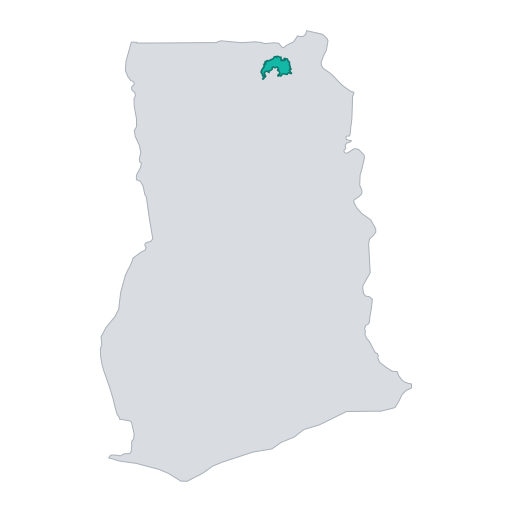 Talensi, Upper East, Ghana shown in context
{"feature_id": "2480657B26285365473669", "entity_name": "Talensi", "entity_type": "district", "adm_level": 2, "iso_a3": "GHA", "parent_name": "Ghana", "parent_adm1": "Upper East", "projection": "albers", "projection_center": [-0.74, 10.642], "detail": "fine", "context": "in_parent", "style": "filled", "palette": "teal", "viewbox_px": 512, "rotation_deg": 0, "n_neighbors": 0, "source": "geoboundaries", "source_scale": "gbopen_adm2", "svg_char_len": 6886}
<svg xmlns="http://www.w3.org/2000/svg" viewBox="0 0 512 512"><path d="M322.6,34.3L327.0,38.5L328.0,41.0L326.4,50.1L323.2,56.5L321.1,62.5L321.4,65.5L323.4,68.5L330.1,73.2L333.6,76.2L337.7,80.8L342.4,85.4L350.4,91.2L353.9,92.3L353.7,93.9L352.6,96.2L351.9,118.2L351.3,123.8L350.8,126.7L350.0,134.9L349.2,136.1L347.7,136.0L346.3,136.3L345.9,137.9L346.5,139.6L351.4,140.8L350.3,142.0L346.7,143.1L345.1,145.6L345.8,148.4L343.8,150.7L344.4,152.2L345.7,153.3L347.7,152.9L353.4,149.1L355.8,148.7L358.7,149.5L364.2,155.2L364.4,158.0L362.2,167.7L360.1,175.2L359.7,185.1L362.0,190.7L361.7,193.8L359.3,196.4L353.7,200.3L354.1,202.9L356.7,207.8L361.4,213.2L370.7,219.9L375.7,228.7L375.8,232.2L373.0,235.8L369.6,238.9L368.6,243.4L370.2,272.8L362.9,285.6L362.8,289.3L363.6,293.5L365.5,296.0L369.3,296.7L372.4,299.2L371.4,308.1L369.8,317.3L369.5,321.7L368.6,323.8L365.7,325.5L364.7,328.4L365.4,332.0L364.9,334.6L366.5,338.0L369.8,342.2L375.3,352.7L377.4,353.5L378.3,355.7L377.7,357.9L379.8,362.5L385.9,367.2L392.2,371.2L397.3,371.7L398.5,375.4L401.9,380.0L404.4,382.0L408.2,383.3L411.4,384.0L411.6,387.9L405.9,390.6L402.0,394.7L399.1,400.8L395.0,407.6L380.9,411.2L375.5,411.2L346.5,411.5L319.3,424.9L303.7,429.6L294.1,437.1L281.1,442.4L272.0,448.9L253.2,452.0L222.4,462.1L212.7,466.1L202.9,473.1L187.0,481.3L180.8,481.1L168.4,473.4L159.0,469.4L136.2,463.4L119.2,461.0L110.9,458.4L108.7,457.9L110.6,455.2L115.4,455.0L120.4,455.9L124.2,453.8L129.7,453.6L131.2,451.4L131.7,445.8L131.7,441.3L133.6,439.3L134.1,434.0L131.5,422.2L129.6,420.8L119.6,419.1L118.9,416.8L117.1,414.3L115.3,408.2L113.2,399.2L109.8,387.9L103.3,369.4L101.7,362.9L100.6,356.2L100.4,348.3L101.8,345.3L101.6,341.2L101.0,337.1L105.8,327.8L115.1,316.3L117.1,312.2L118.8,309.3L119.1,305.2L120.8,291.7L125.3,275.6L128.1,269.4L130.0,266.2L132.3,260.7L132.9,258.2L141.3,251.9L145.2,250.2L146.1,247.7L144.8,245.0L145.4,243.1L147.4,242.2L150.5,241.5L152.8,238.9L149.4,218.8L146.6,198.8L146.5,197.1L144.8,194.4L143.1,186.1L140.3,181.3L136.4,179.8L136.4,175.3L140.5,167.6L141.5,163.1L139.6,161.8L139.4,158.3L140.8,152.6L140.1,149.1L139.4,145.4L135.3,136.6L134.3,130.4L136.5,126.8L136.5,118.9L134.3,106.7L134.0,98.9L135.5,95.7L134.8,92.7L131.8,89.8L131.7,86.9L134.2,84.2L133.9,82.0L130.7,80.5L127.9,76.7L125.4,70.7L126.0,61.2L130.9,43.6L131.5,42.1L136.9,42.3L136.9,43.0L153.7,43.0L172.9,42.9L195.8,42.7L216.6,42.6L217.5,41.8L221.0,40.8L242.0,42.7L255.2,41.8L260.8,42.4L264.8,43.6L273.9,42.8L278.8,43.3L282.4,47.7L283.9,47.6L286.0,45.8L289.6,43.7L293.3,42.0L295.9,38.5L297.5,35.9L299.9,36.5L303.4,36.3L305.7,34.1L306.6,30.7L322.6,34.3Z" fill="#d9dde1" stroke="#a8b0b8" stroke-width="1"/><path d="M262.0,69.5L261.8,69.9L261.9,70.0L261.7,70.2L261.6,70.3L261.4,70.6L261.5,70.8L261.7,71.1L261.2,71.5L261.3,71.9L261.3,72.0L261.1,72.2L261.2,72.6L261.3,72.8L261.5,72.8L261.6,73.1L261.9,73.6L261.9,73.8L262.2,74.0L262.4,74.0L262.5,74.2L262.8,74.4L262.8,74.8L262.8,75.0L262.7,75.0L262.6,75.3L262.5,75.5L262.5,75.9L263.0,76.0L264.0,75.7L264.3,75.9L264.4,76.2L264.4,76.4L264.1,76.7L264.0,77.1L263.7,77.5L263.2,78.0L262.6,78.7L262.6,78.9L262.7,79.0L262.8,79.1L263.2,79.1L263.5,78.9L263.8,78.6L264.1,78.0L264.5,77.5L264.9,77.3L265.1,76.9L265.7,76.4L264.4,73.4L264.4,72.4L266.8,71.0L267.1,71.2L267.7,71.3L267.9,71.4L268.0,71.6L268.0,71.8L268.2,72.1L268.4,72.2L268.6,72.1L268.7,72.3L269.0,72.5L269.1,72.3L269.1,72.0L269.1,71.6L269.2,71.1L269.3,70.7L269.5,70.6L270.0,70.7L270.3,70.6L270.7,70.4L271.0,70.1L271.9,69.4L272.1,69.3L272.2,69.2L272.2,67.5L272.3,67.2L272.7,67.0L273.2,67.1L273.4,67.0L273.6,67.0L273.9,67.2L274.3,67.6L274.8,67.8L275.0,67.9L275.5,67.5L275.8,67.4L276.3,67.2L276.7,67.1L277.2,67.1L277.4,67.2L277.8,67.7L278.0,67.8L278.2,68.0L278.3,68.7L278.5,69.2L278.5,69.3L278.4,69.4L278.3,69.5L278.0,69.6L277.8,69.5L277.6,69.6L277.6,69.9L277.6,70.3L277.9,70.7L278.1,70.8L278.5,70.8L279.0,71.2L279.3,71.5L279.5,72.2L279.8,72.8L279.9,73.0L279.8,73.3L278.9,74.2L278.4,74.7L278.2,74.9L277.8,75.2L277.8,75.4L277.8,75.7L278.0,76.0L278.3,76.1L278.5,76.1L278.7,75.9L278.7,75.4L278.8,75.3L279.3,74.8L279.5,74.7L279.7,74.8L279.8,74.9L279.8,75.5L280.0,75.8L280.5,76.0L280.9,76.0L281.0,75.9L281.3,75.7L281.6,75.1L281.7,74.9L282.1,74.3L282.5,74.0L283.0,73.8L283.5,73.9L283.7,74.0L284.0,74.0L284.5,73.8L284.9,74.0L285.2,74.0L285.4,74.1L285.7,74.2L285.8,74.3L286.3,74.5L286.6,74.3L287.0,74.3L287.3,74.3L287.9,73.4L288.3,73.0L288.8,72.7L289.0,72.7L289.4,72.8L289.7,72.9L289.8,73.1L290.7,73.5L291.0,73.7L291.3,73.6L291.5,73.1L291.4,73.0L291.1,72.9L290.9,73.0L290.8,72.9L291.0,72.9L291.0,72.7L290.8,72.6L290.7,72.4L290.6,72.2L290.4,72.2L290.3,71.8L290.1,71.4L290.1,71.2L289.6,70.8L289.5,70.5L289.3,70.3L289.4,70.2L289.6,70.0L290.2,69.7L291.0,69.3L291.1,69.1L290.9,68.8L290.1,68.5L290.0,68.4L290.1,68.1L290.4,67.7L290.1,67.1L289.9,67.0L289.8,66.6L290.1,66.2L289.8,65.6L289.5,65.5L289.5,65.2L289.7,64.9L289.6,64.7L289.4,64.5L289.3,64.2L289.5,63.9L289.5,63.7L289.4,63.4L289.5,63.2L289.4,62.8L289.5,62.6L289.4,62.1L289.2,61.9L289.0,61.7L288.9,61.7L288.7,61.4L288.2,61.4L288.3,61.0L287.9,60.2L287.5,59.9L287.5,59.7L287.4,59.1L287.2,58.9L286.9,58.9L286.5,58.8L286.3,58.8L285.9,58.8L285.4,58.5L285.2,58.6L284.9,58.7L284.7,58.6L284.4,58.4L284.2,58.5L284.0,58.9L284.1,59.1L284.5,59.2L284.6,59.6L284.7,59.8L285.0,59.9L284.8,60.4L284.4,60.5L284.2,60.6L283.5,60.5L283.3,60.6L283.0,60.6L282.8,60.2L282.4,59.9L282.0,59.8L281.9,59.8L281.8,60.2L281.6,60.3L281.6,60.5L281.4,60.6L281.3,60.4L281.2,60.4L281.2,59.9L281.3,59.7L281.2,59.6L281.1,59.4L281.0,59.2L280.9,59.1L281.0,59.0L280.9,58.5L281.0,58.4L281.0,58.2L281.1,57.9L281.1,57.7L280.9,57.4L280.7,57.4L280.7,57.2L280.3,57.4L280.0,57.4L279.3,57.1L279.1,56.8L279.0,56.7L278.1,56.5L278.0,56.4L277.8,56.4L277.4,56.3L277.2,56.5L277.0,56.4L276.8,56.5L276.6,56.7L276.5,56.8L276.5,57.0L276.4,56.9L276.3,56.7L276.1,56.6L275.9,56.9L275.7,56.8L275.4,56.9L275.0,56.6L274.3,56.8L274.1,57.1L273.7,57.7L273.6,57.9L273.5,58.3L273.4,58.5L273.1,58.8L273.0,59.0L272.6,59.1L272.4,59.0L272.2,59.1L271.6,59.4L271.4,59.4L271.0,59.6L271.0,59.8L270.7,60.0L270.8,60.1L270.7,60.2L270.3,60.1L269.9,60.2L269.7,60.3L269.4,60.4L269.3,60.6L269.2,60.7L268.6,60.6L268.4,60.6L268.2,60.6L268.1,60.8L267.8,60.8L267.6,61.0L267.4,60.9L267.2,60.8L267.0,60.6L266.9,60.6L266.7,60.8L266.4,61.0L266.4,61.3L266.3,61.5L266.1,61.7L265.9,61.7L265.7,61.7L265.8,61.8L265.6,61.9L265.6,62.1L265.4,62.2L265.2,62.3L265.2,62.2L265.2,62.3L265.2,62.5L265.1,62.4L265.0,62.5L264.9,63.2L265.0,63.2L264.9,63.3L265.0,63.3L264.9,63.4L265.0,63.5L264.9,63.5L264.9,63.8L264.9,64.0L265.0,64.1L264.8,64.4L264.7,64.4L264.7,64.5L264.5,64.8L264.4,64.8L264.5,64.9L264.5,65.0L264.4,65.1L264.3,65.3L264.2,65.3L264.2,65.5L264.0,65.8L263.9,65.9L263.9,66.0L264.0,66.3L263.9,66.4L263.9,66.5L263.9,66.8L264.0,67.0L263.9,67.1L263.9,67.5L263.4,67.6L263.5,67.8L263.3,68.1L263.3,68.3L263.2,68.5L262.8,68.6L262.6,68.8L262.5,69.0L262.4,69.2L262.2,69.3L262.0,69.5Z" fill="#14b8a6" stroke="#0f766e" stroke-width="1.5"/></svg>